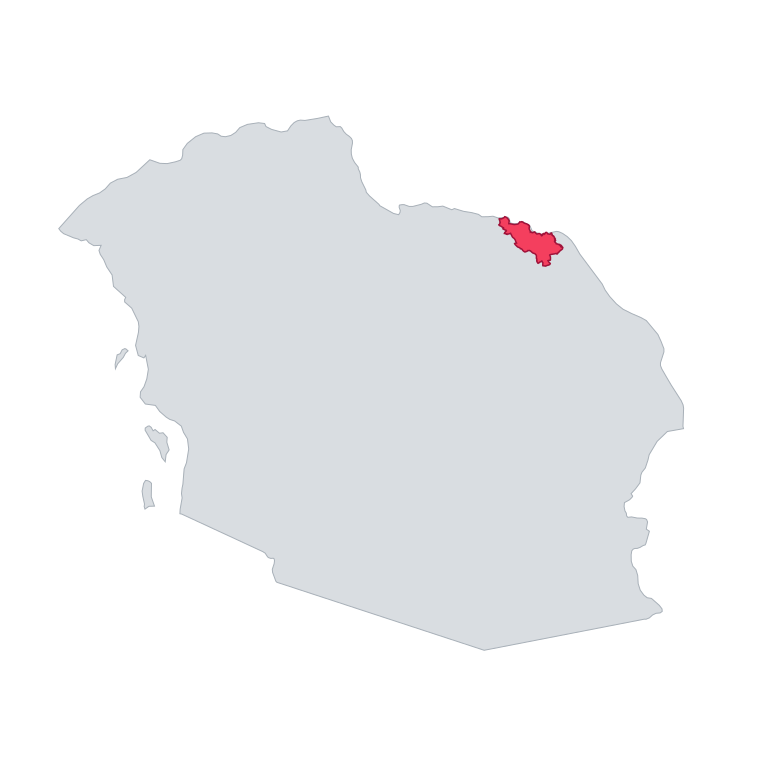 Kalambo, Rukwa, United Republic of Tanzania (highlighted), rotated 169°
{"feature_id": "72390352B91916326383066", "entity_name": "Kalambo", "entity_type": "district", "adm_level": 2, "iso_a3": "TZA", "parent_name": "United Republic of Tanzania", "parent_adm1": "Rukwa", "projection": "mercator", "projection_center": [31.558, -8.538], "detail": "fine", "context": "in_parent", "style": "filled", "palette": "rose", "viewbox_px": 768, "rotation_deg": 169, "n_neighbors": 0, "source": "geoboundaries", "source_scale": "gbopen_adm2", "svg_char_len": 8979}
<svg xmlns="http://www.w3.org/2000/svg" viewBox="0 0 768 768"><g transform="rotate(169 384 384)"><path d="M281.4,542.8L272.9,538.3L265.2,535.5L258.9,532.5L256.1,529.5L250.1,528.4L245.0,527.9L240.3,525.2L230.6,524.1L229.5,522.3L229.3,518.3L227.6,517.2L224.1,516.2L220.3,516.2L217.9,516.8L216.6,516.5L213.4,514.1L210.5,511.1L209.4,506.2L204.9,503.1L199.8,500.6L185.5,500.9L183.3,500.1L179.9,497.7L175.9,493.6L172.7,489.0L169.9,482.7L167.0,474.2L150.7,440.4L149.0,434.0L145.8,426.9L140.6,418.3L135.1,411.8L127.6,406.0L119.0,400.1L114.4,396.2L105.7,380.4L103.9,372.9L102.5,365.2L103.1,362.1L108.5,352.2L109.1,349.4L108.4,345.7L105.7,337.8L102.3,328.2L95.4,310.8L94.4,306.4L94.5,303.1L98.6,285.4L98.5,283.0L114.9,283.3L126.8,275.6L137.2,264.0L139.3,259.2L143.5,251.7L147.7,248.1L149.3,245.5L151.6,238.1L157.1,233.1L162.4,229.2L161.3,226.5L162.1,225.5L165.0,223.5L170.6,221.7L171.7,217.9L171.7,213.5L170.8,211.0L171.0,208.2L170.1,206.6L166.4,206.3L161.0,204.1L156.3,203.1L153.2,201.9L152.1,200.9L151.6,198.3L154.2,191.5L151.6,188.8L157.3,177.6L158.3,176.2L160.4,176.0L163.7,174.8L166.7,174.3L169.2,174.7L171.0,174.3L172.6,173.0L174.0,169.2L175.1,162.8L174.5,157.7L172.1,153.7L171.5,147.6L172.6,139.4L171.8,132.7L169.2,127.2L166.5,124.0L162.4,122.5L156.0,114.2L154.0,110.2L154.3,107.7L156.6,106.6L160.7,107.0L164.5,106.0L168.1,103.8L171.6,103.1L173.5,103.5L336.5,103.5L527.0,209.8L527.8,211.1L529.3,220.3L529.0,223.4L526.1,228.6L525.2,231.4L525.2,233.3L525.9,234.1L528.4,234.4L530.5,235.6L531.3,236.6L532.9,240.6L535.0,242.6L607.4,294.9L609.1,295.6L608.0,300.0L603.9,310.7L603.7,315.1L602.1,320.3L600.6,323.8L596.4,338.8L592.9,344.4L588.1,357.5L587.4,367.6L590.0,374.7L591.0,381.3L596.6,387.7L601.0,390.1L604.1,393.0L609.4,399.8L612.5,406.6L622.1,409.9L625.9,417.5L624.5,422.8L620.1,427.1L615.9,434.2L612.5,443.4L612.5,457.6L614.7,455.4L619.8,458.9L620.5,469.3L615.2,481.5L613.6,487.2L613.3,492.0L617.2,506.6L622.9,514.0L622.5,516.3L621.0,518.3L630.9,531.4L630.1,542.9L633.8,551.8L635.4,559.5L637.8,565.4L638.3,569.5L635.2,574.1L642.5,575.2L646.7,578.9L648.7,582.5L653.9,582.3L656.7,584.7L660.8,586.7L669.8,592.7L672.2,595.7L673.6,598.6L648.9,617.4L640.0,622.3L633.6,624.5L626.8,625.8L620.4,628.7L614.3,633.4L606.4,635.8L596.9,635.8L586.9,639.0L571.1,648.8L561.9,643.4L554.7,641.7L546.4,641.9L541.4,642.5L539.6,643.7L538.0,647.0L536.7,652.5L531.2,657.7L521.7,662.7L512.9,664.6L504.9,663.3L499.5,661.2L496.6,658.3L492.4,657.0L486.9,657.2L481.6,659.3L476.6,663.2L468.5,664.9L457.4,664.4L451.5,662.5L450.7,659.2L445.8,655.4L436.9,651.0L430.4,650.9L426.2,655.1L422.3,657.8L418.9,658.9L415.8,659.0L411.3,657.8L399.0,657.4L387.4,657.6L386.3,651.5L383.9,647.8L381.8,645.6L377.8,645.0L376.6,643.3L375.3,639.5L373.3,636.3L370.7,633.6L369.1,631.2L368.6,628.9L369.0,626.4L371.5,620.2L372.2,615.9L372.0,611.6L370.6,607.1L367.9,601.8L368.2,600.2L367.3,596.6L367.2,594.1L367.7,590.9L367.2,586.8L364.8,577.9L364.8,575.6L362.3,571.3L354.6,561.2L354.2,559.9L342.1,549.6L337.3,547.4L335.6,549.3L334.9,551.1L335.4,554.4L335.1,556.0L334.6,556.7L331.8,556.6L330.0,556.2L325.4,553.5L321.8,552.8L313.0,553.3L309.9,554.0L307.4,553.3L302.7,548.7L297.3,547.7L292.3,547.4L284.2,542.1L281.4,542.8ZM623.4,373.1L627.3,384.2L626.8,386.3L624.0,387.6L622.5,387.7L620.8,385.9L619.6,382.1L617.4,383.0L613.8,378.5L610.2,378.3L607.0,373.0L608.3,368.3L607.5,360.3L611.4,356.3L613.6,349.4L616.1,354.1L616.7,361.4L620.1,370.0L623.4,373.1ZM642.5,306.8L642.8,309.4L642.0,311.9L642.2,319.8L641.9,325.0L638.9,332.3L636.5,334.9L634.3,334.1L632.6,332.9L631.2,330.9L634.0,317.6L632.6,307.9L638.1,308.8L642.5,306.8ZM634.5,467.5L631.7,468.2L630.6,467.6L628.9,465.4L631.9,463.5L634.8,459.9L641.6,454.6L644.7,450.3L644.2,454.5L640.4,463.5L637.2,464.1L634.5,467.5Z" fill="#d9dde1" stroke="#a8b0b8" stroke-width="1"/><path d="M210.1,477.5L210.3,476.8L210.3,476.4L210.5,476.1L210.5,475.8L210.4,475.6L210.6,474.9L210.4,474.5L210.2,474.2L210.0,473.9L210.0,473.4L209.7,473.1L209.1,473.3L208.6,473.4L208.4,473.5L208.0,473.7L207.9,473.9L207.6,474.0L207.4,474.0L206.6,474.2L206.2,474.2L205.9,474.6L205.6,474.6L205.5,474.4L205.4,474.3L205.4,473.9L205.2,473.4L205.2,473.2L204.9,472.8L204.9,472.7L205.1,472.1L205.2,471.3L205.3,471.1L205.4,470.9L205.5,470.2L205.5,469.8L204.6,469.5L204.1,469.3L203.6,469.2L203.3,469.0L203.0,469.0L202.7,468.9L201.1,469.3L200.0,469.3L199.4,469.5L198.8,469.5L198.3,469.8L197.8,470.7L198.6,471.6L199.0,472.4L199.5,473.8L199.1,473.9L197.2,473.8L196.9,474.1L196.8,474.8L196.6,475.5L196.4,476.7L196.4,477.3L196.6,478.2L196.7,478.6L196.8,478.9L196.5,479.2L195.7,479.3L194.8,479.3L194.6,479.3L192.2,479.2L190.1,479.3L189.8,478.8L189.6,478.8L189.5,478.7L189.3,478.7L189.1,478.6L188.9,478.7L188.8,478.8L188.7,479.0L188.6,479.3L188.4,479.4L188.2,479.4L188.0,479.5L187.7,479.9L187.6,480.0L187.4,480.0L187.2,480.0L186.8,480.3L186.6,480.5L186.3,480.7L186.0,480.9L185.7,481.2L185.5,481.4L185.2,481.5L184.7,481.6L184.5,481.8L184.4,481.8L183.5,482.2L183.0,482.6L182.8,483.1L182.7,483.4L182.6,483.6L182.8,483.6L183.0,484.1L183.2,484.4L183.4,484.6L183.6,484.8L184.1,484.8L184.2,485.0L183.3,485.2L183.1,485.2L183.2,485.4L183.4,485.5L183.4,485.9L183.5,486.1L183.8,486.3L184.1,486.2L184.5,486.2L184.7,486.4L184.7,486.5L184.8,486.8L184.9,487.1L185.0,487.2L185.0,487.3L185.3,487.3L185.2,487.1L185.4,487.1L185.5,487.3L185.6,487.5L185.2,487.5L185.6,487.8L186.2,487.8L186.6,488.0L186.8,488.3L188.2,488.8L188.3,489.7L188.7,490.2L188.8,490.6L189.1,490.7L189.3,490.9L189.3,491.1L189.3,491.3L189.2,491.3L189.0,491.5L189.3,491.7L189.1,492.1L188.9,492.3L188.6,492.5L188.5,492.3L188.2,492.3L188.2,492.5L188.3,492.7L188.4,492.8L188.3,493.1L188.3,493.3L188.7,493.4L188.8,493.5L188.9,493.8L188.9,494.1L188.7,494.4L188.5,494.5L188.8,494.7L188.8,494.8L188.9,495.1L188.9,495.8L189.0,496.4L189.2,496.7L189.3,496.8L189.5,496.8L189.5,497.1L189.8,497.2L190.0,497.4L190.1,497.6L190.3,497.7L190.4,497.8L190.5,497.9L190.6,498.0L190.7,498.3L190.6,498.5L190.4,498.5L190.4,498.8L190.6,498.8L190.6,499.4L190.8,499.7L190.7,500.1L190.9,500.2L191.0,500.3L191.1,500.1L191.1,499.9L191.3,499.8L191.6,499.9L191.9,499.7L192.3,499.4L192.5,499.3L192.9,499.5L193.0,499.5L193.8,499.9L194.2,499.9L194.5,500.0L194.7,500.5L194.9,500.9L195.1,501.2L195.3,501.7L195.5,501.8L196.2,501.9L196.7,501.7L196.9,501.5L197.2,501.3L197.2,501.1L197.3,500.9L197.5,500.9L197.7,500.6L197.8,500.6L198.1,500.8L198.3,500.6L198.4,501.0L198.5,501.1L198.7,500.8L198.9,501.0L199.1,500.9L199.4,501.0L199.5,501.0L199.8,500.9L200.0,500.5L200.3,500.6L200.5,500.5L200.4,500.2L200.2,499.8L200.3,499.6L200.5,499.5L200.9,499.5L201.1,499.5L201.2,500.1L201.6,500.6L201.9,501.2L202.2,501.5L202.5,501.9L202.9,502.1L203.6,502.1L204.2,502.1L204.4,502.0L205.4,502.1L206.1,502.9L206.4,503.3L206.8,504.3L207.1,504.5L207.3,504.6L207.6,504.6L207.9,504.3L209.3,504.2L209.6,504.2L209.7,504.6L209.9,504.7L210.3,504.7L210.7,505.3L211.1,505.2L211.4,505.1L211.4,505.3L211.3,506.2L211.9,508.6L211.5,510.2L211.4,510.4L211.3,510.8L211.1,511.4L211.2,511.7L211.3,511.9L211.6,512.1L211.6,512.5L211.9,512.9L212.5,513.0L212.7,513.4L213.4,514.0L215.3,514.9L215.8,515.3L216.1,515.7L216.5,516.0L216.7,516.4L217.0,516.7L217.4,516.7L218.1,517.1L218.6,516.9L219.1,517.0L219.5,517.2L219.7,517.3L221.4,515.7L222.0,515.5L222.6,515.4L225.8,515.7L229.3,517.1L230.7,517.6L230.9,517.6L230.8,518.1L230.3,519.2L230.2,519.7L230.0,520.0L229.9,520.3L230.1,520.6L230.3,521.2L230.4,521.7L230.9,522.7L231.4,523.4L231.9,524.1L233.1,525.0L233.6,525.2L234.0,524.8L234.5,524.4L236.7,523.8L237.2,523.8L237.6,523.8L238.4,524.0L238.6,524.1L239.0,524.2L239.4,524.2L239.5,523.9L239.4,523.3L239.4,523.0L239.2,522.4L239.2,521.9L239.2,521.4L239.1,520.9L239.1,520.7L239.3,520.7L239.4,520.0L239.6,519.7L239.7,519.4L239.8,519.1L239.9,518.9L240.4,518.7L240.9,518.4L240.9,518.2L240.5,517.6L240.2,517.3L239.5,516.9L238.8,516.3L238.5,515.9L238.2,515.6L237.8,515.3L237.1,514.7L236.9,514.6L236.9,514.4L237.0,514.3L237.1,514.2L237.4,514.1L237.6,513.8L237.7,513.7L237.0,513.0L236.6,512.9L236.6,512.7L236.2,512.4L235.8,512.1L235.0,511.8L234.8,511.6L234.6,511.1L234.7,510.9L234.8,510.8L235.0,510.8L235.5,510.5L235.7,510.2L236.2,509.9L236.4,509.7L236.6,509.6L236.8,509.3L237.1,508.8L236.5,508.6L236.1,508.4L235.8,508.3L235.7,508.1L235.6,507.9L235.2,507.6L234.8,507.6L234.7,507.5L234.5,507.8L234.3,507.7L234.1,507.5L233.8,507.5L233.1,507.5L231.6,507.7L231.3,507.8L231.0,507.8L230.9,507.2L230.7,506.7L230.7,506.4L230.5,506.2L230.4,505.9L230.4,505.6L230.3,505.3L230.2,504.7L229.9,503.9L229.6,503.3L228.5,502.1L228.2,501.5L227.7,500.4L227.6,499.5L227.4,498.3L227.0,497.1L229.0,497.0L229.0,496.9L228.6,495.8L227.4,494.0L226.9,493.3L226.3,492.7L225.0,492.0L224.5,491.4L224.3,490.7L223.5,490.6L223.2,490.2L222.8,489.9L222.3,488.7L221.7,487.8L220.9,487.0L220.5,486.7L220.0,486.7L219.5,486.8L218.5,486.9L217.8,487.2L217.2,487.6L216.7,487.4L216.3,487.2L216.1,487.2L216.0,487.3L215.6,487.3L214.6,486.4L213.9,485.4L212.9,484.2L211.7,483.5L211.1,483.2L210.2,481.9L209.9,480.9L210.0,480.3L210.3,478.9L210.4,478.7L210.4,478.0L210.1,477.5Z" fill="#f43f5e" stroke="#9f1239" stroke-width="1.5"/></g></svg>